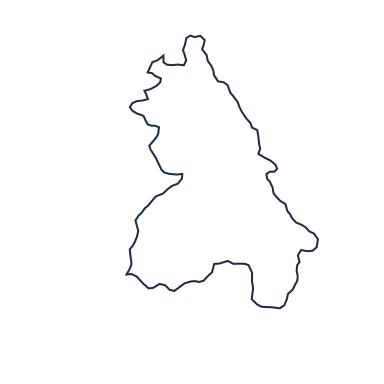 Chavantes, São Paulo, Brazil (Mercator projection), rotated 335°
{"feature_id": "56859067B36846089677549", "entity_name": "Chavantes", "entity_type": "district", "adm_level": 2, "iso_a3": "BRA", "parent_name": "Brazil", "parent_adm1": "São Paulo", "projection": "mercator", "projection_center": [-49.726, -23.042], "detail": "fine", "context": "isolated", "style": "outline", "palette": "slate", "viewbox_px": 384, "rotation_deg": 335, "n_neighbors": 0, "source": "geoboundaries", "source_scale": "gbopen_adm2", "svg_char_len": 2139}
<svg xmlns="http://www.w3.org/2000/svg" viewBox="0 0 384 384"><g transform="rotate(335 192 192)"><path d="M97.8,239.1L102.5,240.7L106.2,245.3L109.0,254.2L111.9,261.0L116.4,262.5L123.8,261.6L128.3,265.2L130.4,271.2L134.0,274.2L147.0,271.6L153.6,272.7L157.4,274.2L160.3,276.5L165.1,277.3L170.0,275.2L176.1,273.3L181.7,266.6L186.5,268.4L195.3,269.6L199.2,274.6L206.4,277.8L209.8,279.6L212.4,282.4L212.3,290.6L208.5,298.7L206.9,304.6L204.7,308.3L200.8,314.3L203.5,321.3L206.4,325.3L210.0,327.3L216.4,330.6L222.4,334.5L227.8,333.7L232.8,329.1L235.9,324.9L242.0,323.0L246.3,319.5L249.6,317.2L252.1,313.4L253.6,307.5L256.5,302.7L259.9,300.9L261.1,294.3L266.3,290.7L271.7,294.5L276.5,296.2L281.7,294.7L286.2,288.0L284.9,281.1L281.6,277.1L280.0,272.0L277.5,268.1L273.5,263.7L271.7,258.2L271.5,253.7L270.4,249.5L271.6,242.5L268.1,237.1L266.3,231.5L265.3,227.7L266.9,222.2L266.9,215.5L265.7,211.8L267.1,207.1L270.9,206.5L275.3,208.4L278.9,207.0L279.2,202.6L276.5,196.8L272.6,192.0L268.2,185.5L272.1,181.6L273.1,176.8L275.2,171.0L277.3,163.4L273.6,159.0L274.1,154.2L272.3,148.3L271.1,140.7L270.9,135.2L271.4,129.6L270.0,123.1L268.7,118.1L269.4,110.2L267.1,105.9L262.4,102.8L261.3,95.3L262.6,91.3L262.9,86.5L261.7,79.7L263.1,74.1L261.5,66.9L265.3,63.0L267.7,59.7L265.6,54.0L259.6,52.6L256.6,49.5L251.9,50.1L248.4,54.9L243.8,59.7L243.3,64.7L242.4,70.2L238.2,73.7L233.0,70.5L227.6,68.6L223.1,66.0L221.0,62.4L223.7,56.3L220.1,57.2L216.4,58.0L211.0,57.6L202.3,64.9L206.0,67.4L207.7,71.3L211.8,76.0L209.5,79.2L204.7,80.8L197.7,81.2L191.7,80.1L191.7,84.8L191.3,89.2L185.5,88.1L180.3,86.3L175.3,86.3L171.5,89.0L172.2,93.0L175.3,97.6L180.2,102.4L180.2,107.4L180.4,112.0L183.2,114.7L186.9,116.6L189.4,119.4L186.0,124.9L182.9,127.3L172.8,132.1L172.4,136.1L173.6,145.5L173.8,159.0L175.4,162.9L179.0,165.9L185.4,169.7L190.8,171.5L188.7,175.5L182.6,178.5L176.6,178.0L172.3,178.8L169.0,179.9L164.9,181.2L157.8,180.7L154.5,182.0L146.6,185.7L142.4,186.8L137.6,189.6L133.7,190.8L128.7,193.9L127.9,198.7L126.8,204.6L123.1,209.4L118.7,213.4L115.4,215.7L111.4,217.6L109.3,223.7L106.7,231.9L102.8,235.6L97.8,239.1Z" fill="none" stroke="#1e293b" stroke-width="2"/></g></svg>